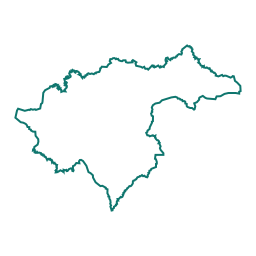 Mueang Trang, Trang, Thailand (orthographic projection)
{"feature_id": "78962969B27556566790630", "entity_name": "Mueang Trang", "entity_type": "district", "adm_level": 2, "iso_a3": "THA", "parent_name": "Thailand", "parent_adm1": "Trang", "projection": "orthographic", "projection_center": [99.629, 7.592], "detail": "fine", "context": "isolated", "style": "outline", "palette": "teal", "viewbox_px": 256, "rotation_deg": 0, "n_neighbors": 0, "source": "geoboundaries", "source_scale": "gbopen_adm2", "svg_char_len": 5664}
<svg xmlns="http://www.w3.org/2000/svg" viewBox="0 0 256 256"><path d="M71.1,71.0L70.7,72.1L69.9,71.6L69.2,73.6L70.7,76.1L70.5,76.9L68.3,78.2L67.7,77.5L68.1,76.3L67.5,76.2L66.2,76.7L65.8,77.4L66.8,78.2L66.7,78.8L64.3,79.0L65.1,82.1L64.0,83.8L66.4,82.2L66.8,82.6L66.0,84.5L64.8,85.2L65.3,85.6L66.5,85.5L66.9,86.0L66.7,87.5L64.5,89.9L65.4,91.4L63.1,91.2L61.3,91.9L61.2,89.8L60.5,89.6L60.1,90.1L60.5,88.2L60.0,88.2L58.6,89.5L57.5,88.3L58.6,87.9L59.2,86.4L57.9,86.0L57.5,86.3L56.9,85.5L57.4,84.9L56.0,84.9L56.1,84.2L55.3,84.0L55.0,84.7L54.0,84.8L54.6,86.3L53.5,86.7L52.5,86.0L52.2,86.6L51.8,86.1L50.1,86.4L49.7,87.8L45.1,90.2L43.3,92.8L42.5,101.9L42.2,103.1L41.0,104.0L40.2,108.5L35.9,109.9L35.0,109.3L32.8,109.7L30.8,109.1L29.8,110.0L29.1,109.7L24.8,110.8L18.1,108.7L17.0,110.6L15.4,117.7L20.7,122.2L23.3,122.7L25.7,123.9L26.8,125.1L27.5,127.0L29.3,127.1L29.1,129.0L30.9,129.7L31.0,130.5L32.9,131.6L35.3,131.7L35.6,135.8L38.2,139.1L38.4,141.7L37.6,144.6L34.3,147.0L34.1,148.8L33.1,149.3L33.0,150.1L33.7,149.6L33.7,150.3L34.6,150.1L34.5,150.7L35.0,151.0L34.5,151.2L34.9,151.6L34.6,152.4L35.9,152.9L37.0,152.7L37.3,152.2L37.7,152.8L39.3,152.6L40.9,153.1L40.8,153.7L41.7,154.0L41.2,154.2L41.5,154.8L42.9,154.9L43.1,155.6L44.2,155.4L44.6,156.8L45.7,156.9L47.1,159.9L47.4,159.4L47.0,158.9L49.4,159.6L49.2,158.8L50.3,158.8L50.6,159.8L51.5,159.9L51.9,161.8L52.3,161.0L53.3,163.0L54.3,162.8L54.3,163.6L55.3,163.6L56.1,164.9L57.0,165.0L56.4,166.8L56.8,166.9L56.9,168.8L55.7,170.4L56.2,170.6L55.7,172.4L56.7,172.3L56.9,171.7L57.6,171.9L57.7,171.4L58.8,171.4L60.4,170.3L61.7,171.0L62.4,170.8L62.9,171.6L63.4,171.3L63.6,171.6L63.6,170.8L64.2,170.5L64.0,169.9L65.2,170.3L66.3,169.9L66.8,171.1L67.5,171.0L69.0,169.1L71.0,168.3L71.9,168.7L72.4,171.0L73.2,171.2L73.6,170.3L72.9,168.5L73.0,166.1L74.6,165.4L76.3,163.0L79.4,163.3L79.0,161.3L79.9,160.0L81.1,159.9L83.0,161.0L86.4,165.8L88.5,172.1L90.5,173.1L92.9,175.3L93.0,177.5L95.6,182.3L100.4,186.1L102.4,185.8L105.8,187.7L105.7,188.6L107.5,189.3L107.4,193.3L108.7,195.8L108.4,196.5L109.3,196.8L109.4,198.8L110.3,200.2L110.6,202.7L110.2,203.7L111.1,205.5L110.4,206.5L111.1,208.6L112.1,209.0L111.4,209.6L111.6,210.5L112.5,210.3L112.6,208.9L113.9,208.0L114.0,206.7L116.1,205.4L115.9,204.5L117.1,203.9L116.7,202.0L117.3,200.6L118.2,200.6L117.6,199.0L118.9,198.9L120.7,196.9L121.5,197.3L122.4,196.8L123.3,194.8L122.8,194.5L123.7,193.3L123.5,192.8L124.4,192.4L124.4,191.4L125.2,191.1L125.0,190.4L126.7,189.5L127.3,188.1L127.9,188.0L129.4,186.1L130.6,186.2L131.4,185.6L132.8,183.5L132.9,181.3L133.4,180.6L134.5,180.5L135.5,179.4L136.2,179.3L137.5,177.2L138.8,177.0L139.7,176.1L140.4,176.3L142.0,175.1L143.1,176.2L144.4,175.7L145.5,176.8L147.2,177.3L147.8,176.4L147.6,175.4L148.9,173.3L148.6,172.9L149.2,172.7L149.4,170.7L150.7,170.3L151.3,168.9L156.0,167.0L156.0,163.9L156.8,163.7L156.8,161.9L155.9,159.2L155.0,158.8L155.5,154.9L163.4,154.9L163.4,153.2L160.6,149.9L159.9,148.1L160.6,146.3L159.4,143.9L159.6,143.2L158.9,143.2L159.4,142.6L158.8,142.2L159.0,141.3L157.9,140.2L157.1,140.2L155.8,138.8L155.6,137.8L155.0,137.6L155.3,135.7L154.5,136.1L153.0,135.8L152.8,135.3L149.7,136.3L148.7,135.4L147.3,135.3L146.2,132.8L147.4,131.8L147.5,130.6L149.6,129.0L149.8,127.2L152.0,122.7L151.9,121.7L152.9,121.2L153.0,116.3L151.7,115.7L151.1,113.5L152.3,111.9L151.8,111.2L152.5,109.6L151.8,107.5L152.9,105.2L155.4,103.5L159.6,102.7L162.0,100.3L171.4,97.4L175.4,96.8L177.4,97.6L177.8,98.6L179.0,98.5L180.0,98.9L180.3,99.6L182.2,99.9L182.6,101.2L184.3,101.1L185.2,101.6L185.3,103.5L186.7,103.9L186.7,106.0L187.4,106.9L190.2,108.0L192.1,108.0L194.0,109.6L194.6,109.2L195.3,106.3L194.2,103.3L196.9,102.2L199.2,99.6L199.1,98.2L199.6,97.5L202.8,95.9L205.4,97.9L207.0,98.5L215.4,99.2L216.6,96.4L220.5,96.2L224.5,93.9L228.4,93.0L235.7,93.0L239.2,93.6L239.2,91.7L240.6,91.1L240.3,85.9L237.2,82.6L235.0,80.9L233.8,76.3L232.7,76.1L232.0,76.9L230.6,77.6L226.3,75.8L224.8,75.6L223.2,76.2L222.1,74.9L218.4,76.4L215.7,75.6L216.0,74.4L214.6,72.7L214.0,72.9L212.4,71.6L211.6,71.6L211.7,70.8L210.8,70.9L210.5,69.7L209.5,69.1L209.9,67.5L209.4,68.4L208.4,68.5L206.8,67.4L206.0,67.9L204.0,67.5L203.9,66.0L202.3,66.9L202.3,65.9L200.7,65.4L200.1,63.9L198.4,62.7L199.1,62.2L198.5,60.9L199.3,59.3L198.2,59.5L197.9,58.8L196.6,58.3L195.9,58.6L196.2,57.9L195.3,58.0L195.5,57.2L194.3,57.1L194.7,56.4L194.4,55.7L193.1,54.7L193.5,53.2L191.8,51.4L192.5,49.3L191.8,48.9L191.7,47.8L191.1,47.2L190.4,47.5L189.7,46.1L188.3,46.5L187.1,45.5L182.2,49.4L182.3,50.1L181.3,51.6L182.0,53.0L181.4,54.5L179.0,54.1L177.3,55.3L176.9,56.3L176.2,56.3L175.5,57.6L173.3,57.6L172.2,58.8L171.7,58.3L170.8,58.7L170.4,60.1L168.5,59.1L167.6,57.6L166.0,58.1L165.5,59.9L166.7,60.3L167.1,61.2L165.9,61.7L166.4,63.1L164.0,65.8L163.8,67.0L162.2,66.5L161.0,67.2L160.6,66.5L159.8,67.4L158.2,65.5L155.6,67.0L154.6,66.4L154.1,67.3L153.1,66.6L153.4,65.6L152.2,65.4L148.2,69.6L147.3,68.7L145.3,68.8L144.2,66.8L142.5,67.7L140.9,66.8L136.2,65.8L135.5,63.6L136.4,62.3L132.9,60.1L132.1,60.8L132.5,62.3L127.9,62.7L126.0,62.2L125.5,60.3L123.1,60.3L122.4,61.1L121.1,61.1L119.0,60.4L118.1,58.9L117.2,59.2L116.4,58.6L115.7,59.1L114.6,58.1L113.0,58.2L111.7,59.2L110.3,59.1L109.7,61.1L111.0,62.9L108.4,64.5L106.8,67.0L101.8,66.7L101.0,68.0L100.2,68.4L100.2,69.7L99.3,71.9L96.1,72.5L95.9,73.3L94.8,73.2L93.8,74.2L91.8,73.5L90.0,74.0L88.4,73.3L87.3,73.9L87.4,74.8L85.5,75.3L85.6,76.3L84.5,76.5L84.9,76.7L84.5,77.4L83.9,76.8L82.8,77.3L82.5,78.1L81.6,77.1L80.8,75.2L79.9,75.1L80.0,74.5L79.4,74.4L80.3,73.9L79.3,73.2L79.3,72.6L77.8,71.5L77.0,71.6L76.9,71.2L77.5,70.9L75.9,71.1L75.4,72.6L74.8,72.3L74.9,71.1L74.3,70.6L73.5,70.8L72.9,70.2L72.6,71.1L72.1,70.5L71.5,71.5L71.1,71.0Z" fill="none" stroke="#0f766e" stroke-width="2"/></svg>